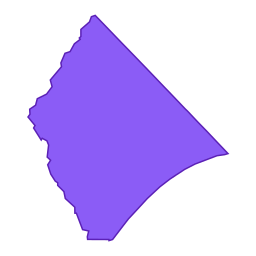 the district of Horry, South Carolina, United States of America
{"feature_id": "52423323B30660787387820", "entity_name": "Horry", "entity_type": "district", "adm_level": 2, "iso_a3": "USA", "parent_name": "United States of America", "parent_adm1": "South Carolina", "projection": "natural_earth1", "projection_center": [-79.016, 33.934], "detail": "fine", "context": "isolated", "style": "filled", "palette": "violet", "viewbox_px": 256, "rotation_deg": 0, "n_neighbors": 0, "source": "geoboundaries", "source_scale": "gbopen_adm2", "svg_char_len": 987}
<svg xmlns="http://www.w3.org/2000/svg" viewBox="0 0 256 256"><path d="M80.9,29.4L80.9,36.5L79.3,38.0L80.2,39.3L74.4,43.8L70.1,51.6L65.0,53.3L60.9,62.9L61.5,66.7L50.3,80.0L52.1,86.7L46.6,94.1L37.3,98.7L35.6,105.2L29.7,109.2L30.0,114.2L28.0,117.0L35.0,125.5L33.6,128.0L41.2,140.0L42.2,138.3L46.9,140.8L48.6,145.0L47.2,157.1L50.6,160.2L47.7,164.8L50.8,174.2L55.3,181.2L57.7,182.7L57.7,185.4L63.9,191.6L65.3,198.5L74.8,207.2L74.9,213.2L76.4,213.2L82.6,229.6L88.7,231.0L87.3,236.8L87.6,239.4L108.9,239.5L109.0,240.6L112.6,239.5L123.0,225.9L128.5,218.8L134.5,212.4L147.3,198.5L159.9,186.8L169.9,179.1L176.5,174.7L177.8,173.9L184.6,169.4L195.1,164.0L217.0,155.7L224.7,154.6L228.0,153.6L218.1,143.2L209.2,133.8L207.8,132.3L200.6,124.9L200.2,124.5L197.5,121.7L187.4,111.0L185.6,109.3L185.0,108.7L170.7,93.7L164.5,87.3L160.1,82.7L149.2,71.3L144.3,66.2L140.6,62.4L135.5,57.1L122.0,43.2L114.0,34.9L95.2,15.4L91.4,16.7L89.5,21.9L80.9,29.4Z" fill="#8b5cf6" stroke="#5b21b6" stroke-width="1.5"/></svg>